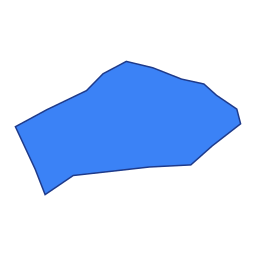 the border of Marupes
{"feature_id": "LVA-5771", "entity_name": "Marupes", "entity_type": "Municipality", "adm_level": 1, "iso_a3": "LVA", "parent_name": "Latvia", "parent_adm1": "", "projection": "robinson", "projection_center": [23.953, 56.883], "detail": "fine", "context": "isolated", "style": "filled", "palette": "blue", "viewbox_px": 256, "rotation_deg": 0, "n_neighbors": 0, "source": "natural_earth", "source_scale": "10m", "svg_char_len": 334}
<svg xmlns="http://www.w3.org/2000/svg" viewBox="0 0 256 256"><path d="M126.3,61.4L152.9,67.8L181.5,79.1L203.9,84.0L216.6,95.4L236.8,109.1L240.6,123.8L212.3,145.8L190.8,164.9L149.4,167.0L73.2,175.5L45.1,194.6L35.2,169.2L15.4,126.7L46.8,109.7L86.5,90.6L103.1,73.7L126.3,61.4Z" fill="#3b82f6" stroke="#1e3a8a" stroke-width="1.5"/></svg>